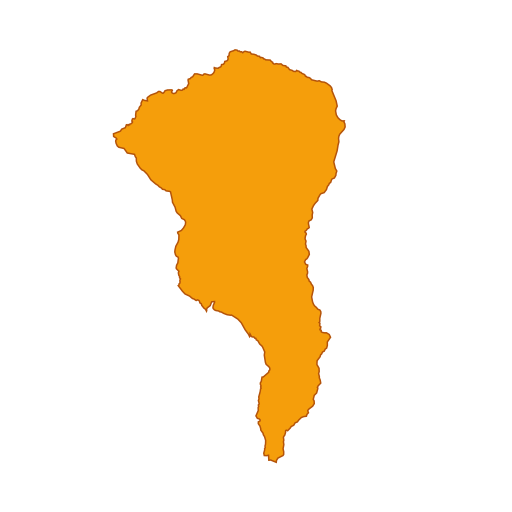 Tuquerres, Nariño, Colombia, rotated 168°
{"feature_id": "7082276B96517824635471", "entity_name": "Tuquerres", "entity_type": "district", "adm_level": 2, "iso_a3": "COL", "parent_name": "Colombia", "parent_adm1": "Nariño", "projection": "mercator", "projection_center": [-77.634, 1.163], "detail": "fine", "context": "isolated", "style": "filled", "palette": "amber", "viewbox_px": 512, "rotation_deg": 168, "n_neighbors": 0, "source": "geoboundaries", "source_scale": "gbopen_adm2", "svg_char_len": 6113}
<svg xmlns="http://www.w3.org/2000/svg" viewBox="0 0 512 512"><g transform="rotate(168 256 256)"><path d="M338.2,243.1L335.2,236.7L333.3,233.6L329.3,230.6L327.0,227.6L325.7,226.9L323.9,225.0L323.4,224.9L322.5,225.3L321.2,224.5L320.8,223.8L320.6,221.7L319.5,220.8L319.3,218.9L317.8,215.9L316.5,214.4L315.9,212.3L315.5,213.0L315.5,214.0L314.5,215.4L311.1,217.0L308.9,220.4L306.0,220.1L306.2,219.2L308.0,216.7L308.8,214.7L308.8,213.5L307.8,211.9L306.6,211.0L304.0,210.0L303.1,209.0L301.4,208.3L299.7,206.7L296.5,204.6L293.3,203.4L292.2,203.3L286.9,198.1L284.3,193.8L281.9,186.0L279.6,180.9L279.0,178.4L278.5,178.9L278.0,180.8L277.2,178.2L276.5,177.6L275.0,177.3L274.2,175.8L273.3,175.5L273.2,174.0L271.8,172.7L270.7,169.2L268.8,166.5L268.4,165.3L267.4,160.3L268.5,157.3L268.9,150.1L268.6,147.9L266.5,145.1L265.9,143.8L265.9,142.6L266.2,141.7L267.3,140.9L267.8,139.6L274.0,136.2L275.3,136.3L276.9,132.3L278.1,131.0L278.4,129.8L278.1,127.8L278.7,127.0L278.5,125.6L279.2,125.0L280.1,122.5L282.6,117.6L282.8,115.6L283.7,114.2L283.6,110.7L284.7,109.8L284.7,108.3L285.4,107.3L285.9,104.4L289.3,99.6L288.4,96.9L286.6,95.9L286.0,94.7L286.4,93.8L288.2,93.3L288.6,91.5L287.5,88.8L287.3,86.1L287.5,84.7L285.9,81.0L286.0,79.7L285.2,77.5L284.9,73.6L285.8,70.0L286.7,68.2L286.8,66.6L287.6,65.9L287.8,64.6L289.4,61.5L289.4,59.1L287.2,58.5L285.2,58.5L285.9,53.6L284.1,53.4L279.1,50.0L278.4,51.9L276.5,53.8L271.1,55.2L270.2,56.1L269.6,58.7L269.6,61.8L268.0,65.7L267.8,68.6L267.1,70.1L266.9,72.8L266.5,73.6L265.2,74.7L263.9,77.0L263.3,79.1L262.5,79.3L261.4,78.5L258.3,80.6L257.0,81.9L254.3,82.6L252.4,84.7L250.0,85.1L248.4,86.6L245.2,88.6L242.7,89.0L240.0,88.8L239.1,90.5L237.3,91.8L237.6,93.9L237.3,94.3L235.9,95.4L231.8,97.3L229.7,99.5L229.3,102.2L229.8,103.9L228.0,107.6L225.2,109.4L223.1,113.5L223.0,114.2L223.3,114.7L222.2,116.1L219.1,118.2L219.0,121.2L219.4,123.7L219.1,124.9L219.2,128.0L218.2,129.9L217.7,133.1L219.0,137.2L218.0,140.9L214.3,144.1L213.3,146.0L212.2,146.5L210.9,148.3L209.1,148.7L207.6,150.6L206.1,151.2L204.8,153.7L204.1,157.1L200.0,161.0L200.7,164.0L203.0,166.2L205.0,166.6L207.1,167.5L208.0,168.4L207.7,169.8L208.8,170.6L208.0,172.1L207.7,172.1L207.3,173.3L208.3,174.5L207.5,176.7L208.1,177.8L207.5,178.1L207.1,179.1L206.6,181.7L204.4,186.5L204.2,188.2L204.8,189.9L206.6,191.1L207.7,193.3L208.7,194.4L209.7,196.5L210.2,199.2L210.1,204.4L207.2,210.6L206.5,213.3L206.9,215.5L207.6,216.7L208.1,219.0L209.2,220.5L209.2,222.0L210.3,224.3L210.2,227.0L209.3,228.1L208.8,229.7L208.9,233.2L207.7,235.0L207.3,236.4L209.0,237.4L209.8,240.1L208.1,242.3L207.1,242.5L205.9,243.5L203.5,246.5L203.3,249.6L205.2,253.9L204.9,255.6L205.1,257.4L204.0,260.2L204.4,262.2L204.3,263.2L203.3,265.6L202.2,266.9L202.2,267.9L203.1,269.1L202.9,270.0L201.6,270.5L200.0,272.0L198.8,272.2L198.0,272.9L198.0,276.6L197.7,278.1L196.8,279.3L194.5,279.9L193.0,281.6L192.5,284.5L191.5,286.7L191.6,290.3L189.4,293.2L187.4,295.1L184.0,297.5L183.4,299.5L180.4,302.9L179.3,303.5L176.2,303.8L173.3,306.3L171.7,309.2L170.0,310.5L169.2,311.8L167.7,312.4L166.1,315.1L165.4,315.6L163.1,316.0L161.1,318.3L160.6,320.0L159.3,322.3L160.2,325.1L160.4,331.9L154.8,342.0L152.7,347.4L151.2,350.4L150.8,353.9L150.1,355.8L148.8,357.7L143.6,361.5L142.0,363.7L141.6,366.7L142.1,369.0L141.6,369.8L143.9,370.3L145.5,371.8L147.1,374.2L148.1,377.3L148.0,381.4L147.0,383.6L145.4,385.7L145.4,391.1L147.3,401.5L147.3,402.4L146.9,402.9L147.1,405.0L148.1,407.0L151.1,410.4L153.0,411.8L155.8,412.7L157.7,414.3L159.8,414.3L165.0,416.8L165.8,418.4L167.1,419.6L168.7,420.1L169.5,421.3L170.2,421.4L170.7,423.3L173.4,425.3L173.8,426.2L175.0,426.8L175.6,427.9L176.9,428.4L177.6,429.1L178.8,428.2L180.9,428.8L182.0,430.0L184.4,431.3L185.6,433.9L187.0,434.5L187.3,435.8L190.1,436.8L191.5,438.7L194.1,439.1L196.3,440.0L197.6,439.8L198.5,440.1L199.4,441.0L199.4,442.0L200.5,443.0L201.4,444.7L205.8,445.9L206.6,446.9L207.6,447.3L207.9,448.3L209.4,449.1L210.5,449.1L211.0,450.6L213.1,451.3L213.8,452.4L216.0,453.7L218.6,454.6L219.4,456.7L220.4,456.7L224.2,458.6L225.2,458.4L226.7,457.6L227.6,458.8L228.9,458.9L229.7,460.0L230.9,460.1L231.7,461.3L233.7,462.0L235.1,461.5L238.8,461.1L240.0,459.9L240.8,457.5L242.2,456.9L242.3,454.5L243.1,453.4L244.0,452.9L246.1,452.8L246.7,451.4L248.0,450.3L249.9,450.4L250.6,448.9L251.2,448.3L252.8,448.1L254.0,447.5L256.4,448.2L257.6,449.0L257.9,448.4L257.7,446.4L258.8,444.5L259.9,443.5L261.8,442.5L263.6,442.5L268.1,444.8L269.1,444.8L270.2,444.0L270.9,443.9L275.7,446.4L278.2,446.9L280.8,444.4L282.2,444.2L283.4,443.2L285.5,443.0L285.9,442.2L286.0,438.6L289.0,434.9L290.4,435.3L291.6,434.0L292.5,434.5L293.3,433.6L294.8,433.6L297.1,434.9L299.0,434.0L300.3,432.3L302.6,431.9L303.9,432.7L304.5,433.6L304.5,434.1L303.4,435.3L303.7,436.0L308.0,436.8L310.6,436.6L311.9,435.2L313.1,434.5L313.6,434.7L315.8,436.9L317.2,437.2L319.2,436.2L325.6,435.3L328.7,433.9L329.7,433.1L329.9,430.3L332.8,431.4L334.3,432.5L336.6,429.5L336.9,427.6L339.2,425.7L340.0,424.1L341.7,422.7L343.2,422.5L344.5,418.7L344.5,417.4L345.8,415.5L346.5,415.3L347.8,416.0L348.5,415.6L349.4,413.8L348.9,412.8L349.3,412.2L350.8,411.3L352.1,411.2L352.4,410.6L353.4,411.0L354.0,410.3L354.8,411.3L355.5,411.3L357.1,408.7L361.0,408.0L362.7,406.3L370.0,405.2L370.4,402.5L368.3,400.5L367.8,399.3L369.0,398.5L369.4,397.4L369.4,395.2L368.8,392.5L367.6,390.9L362.7,388.6L360.5,383.5L353.7,380.7L353.4,378.2L352.7,376.8L353.3,373.6L353.0,370.7L351.0,366.0L349.7,364.0L348.0,362.7L345.2,358.3L343.0,352.4L339.2,347.4L337.3,345.6L336.2,343.8L334.5,342.3L333.6,340.7L331.5,339.9L330.4,338.4L327.1,337.2L326.3,336.6L326.2,328.3L326.5,325.9L325.0,320.5L324.8,316.3L324.1,314.5L321.6,311.2L320.8,308.2L318.5,306.4L317.9,304.8L317.8,303.7L318.6,301.3L321.1,298.5L323.7,296.5L327.7,295.6L327.7,294.3L327.1,293.0L327.1,292.2L328.1,288.2L329.4,285.7L332.4,282.2L334.0,278.7L334.6,276.8L334.5,274.0L333.9,272.3L332.6,271.3L332.3,270.1L333.9,265.5L335.6,263.5L336.6,260.9L336.5,260.1L334.6,257.1L335.4,255.8L335.5,254.8L335.5,253.2L335.0,251.9L335.3,250.6L334.6,249.3L335.3,248.5L335.7,247.4L335.6,246.5L336.2,245.2L337.0,244.8L337.7,243.2L338.2,243.1Z" fill="#f59e0b" stroke="#b45309" stroke-width="1.5"/></g></svg>